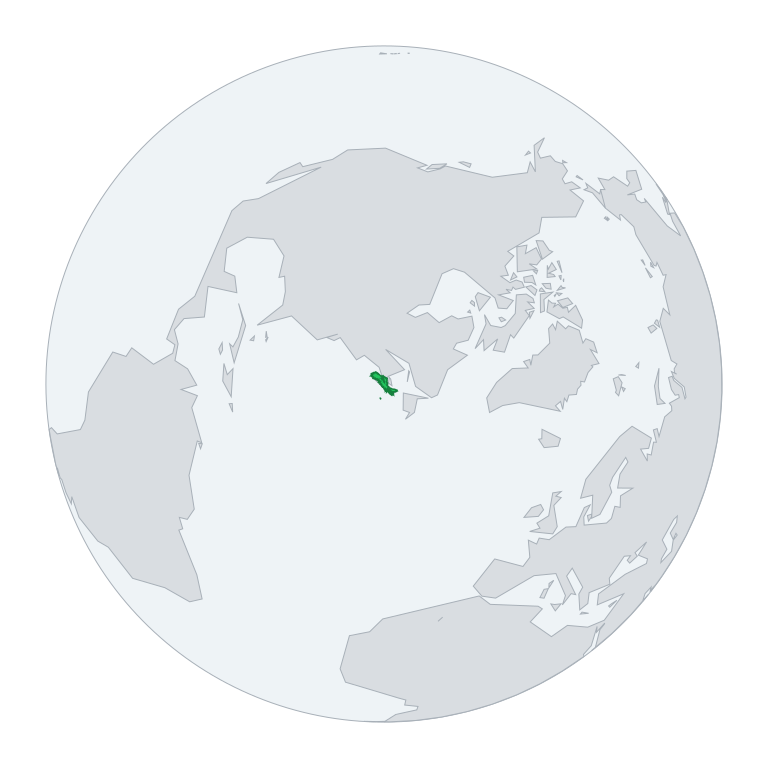 the Earth from above Nova Scotia, rotated 74°
{"feature_id": "CAN-685", "entity_name": "Nova Scotia", "entity_type": "Province", "adm_level": 1, "iso_a3": "CAN", "parent_name": "Canada", "parent_adm1": "", "projection": "orthographic", "projection_center": [-62.958, 45.228], "detail": "fine", "context": "on_globe", "style": "filled", "palette": "green", "viewbox_px": 768, "rotation_deg": 74, "n_neighbors": 0, "source": "natural_earth", "source_scale": "10m", "svg_char_len": 15332}
<svg xmlns="http://www.w3.org/2000/svg" viewBox="0 0 768 768"><g transform="rotate(74 384 384)"><circle cx="384" cy="384" r="338" fill="#eef3f6" stroke="#a8b0b8"/><path d="M337.9,718.8L341.7,719.1L335.4,718.4L334.3,715.7L341.9,711.9L344.1,688.4L336.3,681.5L310.2,670.3L278.5,635.9L286.4,624.4L279.7,616.5L301.5,600.1L296.2,578.6L288.6,574.2L280.8,580.5L255.5,560.9L247.5,541.7L175.4,482.4L169.3,469.0L171.2,453.5L158.2,384.6L158.8,442.2L151.6,426.7L148.0,403.7L152.7,402.2L153.9,371.5L149.0,354.4L157.7,317.5L185.6,282.4L185.5,292.2L192.2,283.4L192.7,270.8L191.4,264.8L215.1,222.9L220.4,188.0L210.8,182.3L221.8,180.0L195.9,173.9L191.5,161.9L203.4,172.4L210.0,171.4L210.5,161.2L217.3,158.0L221.5,151.5L229.7,148.9L236.0,156.1L241.4,154.8L241.4,147.8L249.6,141.3L248.8,151.7L263.0,141.7L276.2,153.7L267.3,186.4L281.5,193.3L290.6,228.5L296.7,223.9L304.0,235.3L313.7,234.5L312.6,242.0L321.3,235.0L320.5,228.3L324.0,223.2L329.6,222.4L329.3,231.5L326.4,233.3L329.2,235.6L326.6,240.6L331.1,237.6L329.9,249.3L339.4,236.7L345.5,245.2L342.5,253.3L331.9,253.6L298.7,275.8L292.3,285.4L294.0,297.8L320.1,318.1L317.7,328.7L322.3,342.3L328.6,335.5L327.3,322.6L340.2,314.1L337.1,300.1L341.9,294.9L343.0,280.8L354.5,282.0L365.1,291.0L364.8,303.0L369.4,307.7L379.3,295.9L387.8,318.9L409.3,335.6L410.3,342.1L395.0,354.3L371.0,354.3L351.2,372.9L375.9,360.3L377.8,378.0L383.1,381.0L389.9,380.1L393.8,373.4L396.9,379.7L373.7,393.8L370.5,388.2L377.9,383.6L366.6,384.1L351.0,395.0L353.2,403.8L327.3,413.3L328.5,420.0L323.5,426.2L323.3,414.7L323.2,436.0L293.1,454.1L292.5,489.7L280.2,459.6L268.1,453.4L253.0,449.8L252.6,455.6L233.3,444.8L214.4,450.3L205.2,475.0L210.1,497.7L231.7,506.6L239.2,497.7L255.7,500.3L241.7,526.3L270.1,538.2L266.0,558.2L274.0,570.5L288.7,570.9L303.9,578.5L315.3,568.6L333.5,564.3L333.3,580.6L343.8,566.6L353.7,575.3L390.2,575.4L387.3,579.2L418.0,596.6L452.0,600.9L459.9,610.4L455.8,617.5L467.7,617.4L467.9,621.5L515.8,616.5L540.5,618.1L539.8,630.8L519.4,650.8L501.5,679.2L464.9,694.0L456.1,702.4L428.3,713.9L406.2,715.2L413.0,717.6L401.1,719.6L386.9,720.1L384.9,721.2L374.4,721.1L381.8,721.7L370.5,721.7L337.9,718.8ZM64.7,296.0L67.4,290.2L65.6,297.2L64.7,296.0ZM69.2,284.4L68.2,286.8L69.0,284.3L69.2,284.4ZM69.9,281.1L69.4,283.5L69.6,281.3L69.9,281.1ZM70.5,277.4L70.3,279.2L70.2,279.2L70.5,277.4ZM289.7,500.9L322.3,522.2L302.8,521.3L306.7,519.0L298.7,511.1L283.3,502.0L266.5,501.6L289.7,500.9ZM72.4,270.1L73.1,268.1L73.1,269.2L72.4,270.1ZM306.5,484.9L300.7,482.6L306.5,483.4L306.5,484.9ZM189.7,262.8L192.0,271.0L189.1,283.9L186.3,277.3L189.7,262.8ZM196.4,239.6L199.4,242.0L191.6,250.6L192.3,246.5L196.4,239.6ZM202.3,179.5L202.9,184.9L200.0,180.9L202.3,179.5ZM220.6,151.1L218.3,150.7L221.5,147.6L220.6,151.1ZM336.6,281.2L339.7,281.1L337.9,283.8L336.6,281.2ZM334.1,275.5L329.7,278.8L327.9,276.5L330.6,274.6L334.1,275.5ZM236.8,140.9L242.7,136.4L237.8,142.2L236.8,140.9ZM339.9,272.1L325.2,272.2L322.1,268.4L329.9,257.8L339.9,272.1ZM246.8,134.6L260.7,124.2L256.7,122.2L276.0,122.7L257.7,130.9L252.4,138.2L251.6,134.1L246.8,134.6ZM317.7,226.7L318.9,233.7L312.7,228.8L317.7,226.7ZM312.9,224.9L288.8,218.5L289.9,208.3L297.7,212.2L294.9,200.2L307.3,198.2L311.6,204.4L308.5,211.3L315.6,205.4L312.9,224.9ZM284.4,125.0L288.7,123.9L285.4,126.5L284.4,125.0ZM324.9,220.9L319.9,220.3L320.5,211.2L330.6,210.8L327.2,213.8L324.9,220.9ZM288.1,198.2L290.3,191.8L301.0,188.3L303.3,185.4L307.7,197.3L288.1,198.2ZM329.9,215.5L335.7,211.0L340.5,214.5L329.8,220.9L329.9,215.5ZM316.4,209.2L317.2,205.0L320.1,207.1L316.4,209.2ZM361.1,225.6L355.1,224.5L354.9,219.7L361.1,225.6ZM337.5,209.1L335.8,207.9L335.0,206.0L339.7,203.9L337.5,209.1ZM314.9,194.3L318.9,194.4L313.6,189.2L321.4,186.8L322.9,195.3L325.5,190.7L327.9,189.9L326.5,197.8L314.9,194.3ZM342.2,196.3L346.9,207.0L358.0,209.6L358.5,213.9L340.5,208.9L342.2,196.3ZM333.1,196.4L338.9,197.2L336.6,201.9L331.2,204.2L333.1,196.4ZM326.1,182.2L313.8,183.7L313.9,181.8L326.1,182.2ZM345.9,196.0L344.7,193.5L347.0,195.7L345.9,196.0ZM332.7,185.3L328.3,186.0L328.5,183.8L332.7,185.3ZM346.0,188.1L347.4,191.4L343.9,193.0L346.0,188.1ZM340.3,186.1L341.6,183.0L341.7,191.6L338.3,186.7L340.3,186.1ZM333.6,183.2L332.3,182.1L335.4,183.2L333.6,183.2ZM358.7,180.5L359.7,191.0L351.8,194.3L351.9,183.6L358.7,180.5ZM646.3,171.0L645.8,170.5L651.9,178.2L655.9,184.9L652.8,183.2L657.4,190.8L664.3,195.4L659.2,188.0L673.8,210.3L686.6,233.7L697.5,258.0L695.6,253.5L679.6,244.1L675.7,238.5L675.3,238.2L674.6,237.7L681.2,248.1L675.8,246.0L692.7,256.9L698.9,266.8L701.0,266.9L709.0,291.6L715.2,316.9L719.4,342.5L721.6,368.4L721.8,394.4L720.0,420.4L716.2,446.1L710.4,471.4L702.7,496.3L705.5,488.0L708.5,476.0L704.9,463.7L706.3,442.3L703.3,440.2L698.3,452.6L693.8,450.1L690.0,456.4L660.0,503.2L645.7,504.7L616.4,486.6L618.2,466.1L609.5,450.0L614.0,350.9L625.1,342.6L640.1,297.1L643.8,293.8L653.0,309.0L673.0,292.7L666.6,274.2L673.9,255.2L671.8,237.4L651.7,211.4L655.1,239.9L644.9,235.6L633.4,204.6L628.9,181.2L624.7,178.9L618.6,186.7L608.2,175.1L615.3,189.2L619.3,188.0L623.9,197.2L620.5,198.8L617.0,194.4L615.8,200.5L632.8,221.0L638.7,222.1L641.1,244.3L651.2,248.6L655.1,258.1L639.6,254.6L634.1,249.0L612.9,253.8L619.0,261.4L639.3,257.8L637.1,261.9L645.5,273.4L637.4,267.9L613.6,271.0L609.6,292.6L620.6,335.7L614.9,348.4L602.9,353.9L582.7,325.8L597.7,300.7L590.8,291.6L573.9,288.3L579.9,281.4L574.9,277.3L579.2,268.1L571.7,248.5L574.0,238.9L558.0,225.5L557.0,219.1L566.8,228.6L574.8,230.5L579.0,208.4L575.9,202.4L565.2,195.8L567.7,191.0L556.7,187.5L552.7,173.5L548.4,188.1L535.7,182.0L526.2,171.0L521.2,171.9L536.7,190.0L543.6,195.0L550.8,194.9L568.9,212.4L570.3,221.4L548.4,214.0L548.0,226.5L531.2,216.2L499.5,171.9L493.0,157.2L509.7,141.9L518.8,147.4L517.3,155.3L530.7,152.1L523.8,150.3L525.9,146.7L514.2,140.9L515.1,138.2L502.4,137.7L502.2,133.7L510.3,134.1L492.9,123.2L489.0,114.7L484.6,113.7L481.1,115.0L478.5,103.9L475.4,103.7L475.0,107.2L468.6,109.2L456.2,108.7L456.0,104.9L460.4,104.5L469.4,98.5L481.2,98.8L479.9,97.3L469.6,96.2L458.6,103.4L451.2,104.3L455.2,100.0L453.2,101.6L449.4,100.9L445.5,96.9L440.6,101.4L399.8,101.6L388.2,94.7L396.3,90.2L367.5,88.9L356.6,82.7L356.4,85.7L342.4,88.1L345.6,90.0L344.4,91.7L310.0,100.7L301.7,100.5L286.5,109.3L286.4,111.0L291.6,111.5L276.0,122.7L256.7,122.2L258.0,118.1L245.1,121.3L250.0,111.9L248.1,106.2L261.0,95.3L258.3,92.3L253.5,94.0L246.3,91.9L248.1,83.0L267.8,82.6L269.3,98.0L270.5,90.6L276.5,90.3L280.8,86.7L281.2,82.1L277.3,82.7L310.1,68.2L323.4,58.0L307.2,61.7L298.7,62.0L299.7,57.4L315.4,53.1L339.7,49.0L364.2,46.7L388.8,46.1L413.4,47.4L437.8,50.4L462.0,55.2L485.7,61.8L508.9,70.0L531.4,79.9L553.2,91.5L574.0,104.6L593.9,119.2L612.6,135.1L630.1,152.5L646.3,171.0ZM657.1,185.0L647.9,173.0L648.6,173.8L657.1,185.0ZM624.3,391.9L627.0,397.5L624.3,391.9ZM632.0,167.1L624.1,153.7L613.9,149.1L610.0,143.8L608.0,144.5L613.2,148.9L606.2,149.9L597.8,140.9L591.7,138.4L594.1,142.9L610.6,159.5L620.8,157.6L628.4,165.4L632.0,167.1ZM391.4,575.2L395.7,578.2L389.9,578.5L391.4,575.2ZM299.6,528.2L306.8,529.8L310.3,533.1L304.8,533.1L299.6,528.2ZM360.9,535.3L369.3,537.2L360.3,538.3L360.9,535.3ZM327.6,524.9L354.1,534.4L336.7,538.2L320.1,532.2L331.8,532.1L327.6,524.9ZM302.1,495.3L306.5,497.4L304.9,500.6L302.1,495.3ZM310.7,485.6L308.9,485.6L307.0,482.4L310.7,485.6ZM379.2,377.1L381.1,376.2L387.8,376.8L384.3,379.6L379.2,377.1ZM419.7,362.6L423.8,373.1L418.4,367.3L414.4,372.8L398.0,367.9L409.9,345.2L407.4,356.1L419.7,362.6ZM379.4,356.1L388.4,361.1L378.1,356.6L379.4,356.1ZM543.0,266.6L548.9,265.3L553.8,272.1L550.8,286.2L543.6,276.3L543.0,266.6ZM556.1,262.0L535.2,251.8L536.2,243.3L539.2,249.7L542.0,245.0L547.5,254.2L568.9,256.8L574.6,263.1L565.9,284.6L565.6,273.8L559.9,275.4L556.1,262.0ZM480.1,247.4L471.1,244.6L485.0,229.4L491.8,233.8L489.3,247.6L479.7,250.6L480.1,247.4ZM356.5,254.1L352.1,255.3L352.2,252.6L356.0,249.4L356.5,254.1ZM358.3,225.5L375.6,246.6L371.5,248.8L386.6,259.4L381.6,269.7L372.0,262.3L379.5,278.6L368.8,276.1L375.1,286.7L354.3,269.3L345.0,268.3L357.2,265.3L362.0,255.8L361.3,251.4L352.4,238.4L334.8,232.2L336.8,222.4L342.8,217.2L347.4,217.1L344.7,223.3L352.7,218.8L352.2,227.9L358.3,225.5ZM412.7,170.5L407.7,176.1L423.6,171.7L423.3,179.5L425.1,178.5L429.2,184.7L437.3,190.7L435.6,194.2L439.5,195.0L442.3,199.4L447.1,201.9L445.6,209.3L451.4,213.1L447.4,214.5L457.7,219.2L449.4,219.1L452.2,225.2L458.8,222.1L439.2,259.1L437.4,275.9L440.5,290.4L425.7,289.1L413.5,275.3L404.5,256.5L408.3,241.0L400.9,243.6L400.6,237.1L406.5,237.7L397.2,233.0L398.5,228.0L390.4,213.4L376.1,210.5L372.8,205.4L379.1,204.1L371.4,200.1L381.0,194.2L378.9,190.6L386.2,181.5L399.5,181.5L396.1,177.5L401.5,170.9L412.7,170.5ZM361.2,178.1L377.2,175.5L384.8,178.7L368.9,193.3L369.5,197.4L359.6,207.5L348.7,202.8L352.5,200.3L353.7,196.8L356.7,199.6L355.2,194.7L360.5,191.2L360.8,186.6L365.9,186.9L361.2,178.1ZM641.4,284.2L643.0,280.8L644.1,274.4L649.3,281.9L641.4,284.2ZM625.5,286.7L626.0,282.5L634.0,289.2L632.3,293.0L625.5,286.7ZM619.5,274.9L625.4,281.7L621.2,280.3L619.5,274.9ZM566.5,224.7L566.3,220.3L568.9,221.2L572.2,225.2L566.5,224.7ZM460.0,161.7L455.9,163.8L454.1,162.4L442.2,162.2L441.5,156.8L448.4,154.8L460.0,161.7ZM656.1,219.7L660.8,228.5L659.3,229.3L658.0,226.1L656.1,219.7ZM657.9,256.5L660.8,250.5L659.3,258.6L657.9,256.5ZM457.2,155.8L452.4,156.3L455.0,153.4L457.2,155.8ZM440.4,153.0L442.4,149.3L440.0,156.2L440.4,153.0ZM444.6,115.3L462.0,121.0L474.0,122.7L480.1,119.2L479.0,127.0L460.4,124.5L444.6,115.3ZM405.4,103.4L400.1,107.3L397.4,104.6L398.2,103.4L405.4,103.4ZM405.8,106.4L408.7,113.2L402.5,114.7L401.4,109.0L405.8,106.4ZM433.7,133.1L438.9,135.0L436.6,137.2L433.7,133.1ZM285.3,60.8L284.3,61.8L269.6,66.5L266.6,67.4L273.3,64.7L280.7,62.3L282.7,61.6L285.3,60.8ZM279.7,63.6L286.7,61.5L299.8,62.9L298.9,64.5L281.2,64.9L287.0,63.1L286.3,62.3L279.7,63.6ZM287.6,122.0L288.6,123.7L285.2,123.4L287.6,122.0ZM346.5,92.7L344.3,95.0L340.4,94.2L346.5,92.7ZM336.0,101.1L342.0,100.3L335.8,102.6L336.0,101.1ZM355.3,98.6L344.4,100.7L354.7,96.5L355.3,98.6Z" fill="#d9dde1" stroke="#a8b0b8" stroke-width="1"/><path d="M379.1,379.6L379.7,379.4L380.1,379.5L380.5,380.1L380.9,380.2L380.7,380.3L381.0,380.3L381.1,380.5L381.1,380.2L381.8,380.1L382.1,380.3L381.8,380.3L382.1,380.5L381.7,380.6L382.9,380.6L382.3,380.8L382.6,381.1L383.1,380.8L383.0,381.0L383.6,380.9L383.3,380.6L384.7,380.8L385.2,380.8L384.8,380.9L385.3,381.1L384.8,381.4L384.7,381.6L384.9,381.4L384.9,381.7L385.0,381.5L385.2,381.3L385.4,381.3L386.0,381.4L385.9,381.7L386.0,381.7L386.5,381.4L386.1,381.5L386.2,381.3L386.8,381.2L388.3,380.1L388.3,380.4L388.5,381.2L389.2,381.6L389.4,381.5L389.5,381.7L389.8,381.3L390.0,381.2L390.4,381.6L390.7,382.0L391.1,382.3L391.1,382.6L390.1,383.1L392.1,383.3L392.3,383.6L392.0,383.5L391.6,384.0L391.5,383.9L391.6,383.7L391.4,383.7L391.4,384.1L391.2,383.8L390.7,384.0L390.5,384.3L389.8,384.4L389.3,384.3L389.2,384.3L389.5,384.6L389.3,384.6L389.5,384.8L389.2,384.7L389.0,384.8L388.7,384.7L388.8,384.8L388.6,384.8L388.7,385.0L388.4,385.1L388.2,385.2L388.0,385.3L388.0,385.1L387.8,385.3L388.0,385.4L387.0,385.6L386.9,385.8L386.6,385.8L386.6,386.0L386.4,385.9L386.1,386.3L386.0,385.9L385.9,386.1L385.7,386.1L385.6,386.3L385.8,386.5L385.5,386.3L385.3,386.6L384.6,386.6L384.6,386.8L384.5,387.0L384.1,386.9L383.9,387.1L383.8,386.7L383.6,386.7L383.8,387.1L383.6,387.3L383.6,387.0L383.4,386.9L383.3,386.6L383.2,387.2L383.2,386.9L382.9,387.2L382.8,386.9L382.8,387.0L382.6,387.5L382.2,387.4L382.1,387.2L381.9,387.3L382.1,387.5L381.1,387.0L381.5,387.5L381.6,388.2L381.5,388.4L381.4,388.5L381.3,388.4L381.2,388.6L380.8,388.5L380.6,388.3L380.5,388.5L380.4,388.3L380.5,388.1L380.1,388.3L379.9,388.2L380.0,387.7L379.9,387.6L380.1,387.1L379.4,387.5L379.4,387.8L379.6,388.2L379.4,388.1L379.3,388.4L379.1,388.3L379.1,388.0L378.9,387.8L378.7,387.8L378.7,388.0L378.3,387.9L378.4,388.2L378.2,388.4L378.4,388.4L378.1,388.5L378.5,388.7L378.5,388.8L378.3,388.9L378.7,389.0L378.1,389.0L378.5,389.2L378.4,389.4L378.6,389.4L378.5,389.6L378.3,389.6L378.2,389.4L377.8,389.2L378.1,389.4L378.1,389.6L377.8,389.8L377.5,390.4L377.0,390.2L377.0,390.3L377.3,390.5L377.1,390.8L376.5,390.8L376.7,391.0L376.8,391.2L376.0,391.6L376.2,391.9L376.0,392.2L375.7,391.8L375.8,392.3L375.7,392.3L375.5,391.9L375.6,392.3L375.4,392.6L375.1,392.1L375.2,392.8L374.9,392.6L374.7,393.0L374.7,392.6L374.5,392.8L374.3,392.3L374.2,392.4L374.3,392.8L374.2,393.0L373.9,392.9L373.9,392.5L373.7,392.6L373.9,393.0L373.8,393.4L373.8,393.8L373.7,393.6L373.3,393.4L373.6,394.0L373.4,393.7L373.2,393.9L373.2,394.2L372.9,393.6L372.4,394.0L372.2,393.9L372.1,393.5L372.0,392.9L371.8,393.1L371.9,393.4L371.8,393.2L371.6,392.2L371.6,392.4L371.3,392.0L371.2,392.3L371.1,391.9L371.0,392.1L371.2,392.6L370.9,392.8L370.9,392.5L370.7,392.3L370.5,392.5L370.5,392.1L370.6,391.9L370.4,392.0L370.3,391.8L370.5,390.9L370.3,390.5L370.2,390.5L370.3,390.0L370.6,389.6L370.8,388.8L371.9,387.6L371.5,387.6L370.4,388.7L370.4,388.4L371.2,387.6L372.1,386.9L372.3,387.4L372.5,387.4L373.2,386.7L373.7,386.5L372.3,387.1L372.4,386.8L376.1,384.4L378.0,383.7L377.6,383.3L378.3,383.5L378.2,384.3L378.1,384.7L378.4,384.4L378.7,384.7L379.0,385.0L379.0,385.4L379.2,385.0L378.8,384.4L379.2,384.0L380.4,383.7L380.5,383.5L380.8,383.6L380.9,383.4L381.7,383.4L381.9,383.6L382.0,383.3L382.3,383.2L381.4,383.0L380.4,383.0L380.1,383.2L379.9,383.0L379.3,382.9L378.4,382.9L378.4,383.0L378.1,383.1L377.3,382.8L376.9,383.0L376.8,383.3L376.5,383.5L376.5,383.3L376.3,383.2L375.8,383.3L376.0,382.7L376.4,382.5L376.2,382.4L377.0,382.0L377.0,381.8L377.8,381.3L377.9,381.1L377.9,380.9L378.2,380.6L378.5,380.4L378.5,380.6L378.4,380.7L378.3,380.9L378.6,380.8L378.5,380.7L378.7,380.1L379.1,379.6ZM395.8,380.5L395.4,380.6L395.2,381.0L394.6,381.4L394.2,381.4L393.4,381.8L393.2,381.9L393.1,381.7L392.7,381.7L392.6,381.4L392.5,381.6L392.0,381.6L391.4,382.0L391.4,381.9L391.2,381.7L390.9,382.0L390.7,381.9L390.2,381.3L390.0,380.4L390.0,380.1L389.8,379.3L390.1,379.0L390.1,378.5L390.8,377.9L391.6,376.6L391.8,376.0L391.7,375.8L391.8,375.7L391.8,375.9L392.3,374.8L393.1,374.0L393.3,373.4L393.5,373.2L393.9,373.4L394.3,373.2L394.3,373.4L393.9,374.0L394.1,374.0L394.6,374.1L394.6,375.2L394.4,375.3L394.5,375.4L394.4,375.5L394.6,375.7L394.3,376.2L394.1,376.8L393.6,378.1L394.1,377.4L394.3,377.3L394.3,377.6L393.5,378.6L392.8,379.0L392.5,379.0L392.6,378.9L392.1,379.5L391.5,379.7L391.5,379.8L392.0,379.7L392.5,379.1L393.1,379.0L392.8,379.7L392.5,379.9L391.7,380.0L391.9,380.0L391.6,380.2L392.1,380.0L392.4,380.2L392.2,380.2L392.3,380.4L392.0,380.4L391.6,380.7L391.5,380.9L391.6,381.0L392.4,380.8L392.9,381.0L392.7,381.4L393.0,381.1L393.1,380.7L394.5,379.3L393.3,380.0L392.9,379.7L394.1,378.7L394.5,378.1L394.8,378.0L394.9,377.9L394.4,378.0L393.6,378.9L393.4,378.9L394.1,377.9L394.6,377.4L394.9,377.3L395.2,377.8L394.9,378.3L395.1,378.2L395.2,378.4L395.3,378.0L395.5,377.8L395.9,377.9L395.7,378.0L396.3,378.1L396.3,378.3L396.8,378.2L396.6,378.4L396.6,378.7L396.9,378.6L396.3,379.1L396.8,379.2L396.9,379.6L396.3,379.8L396.2,380.0L395.6,380.0L395.8,380.3L395.8,380.5ZM392.0,381.8L392.6,381.9L392.3,382.1L392.3,382.3L392.1,382.5L392.1,382.3L391.8,382.3L391.6,382.0L392.0,381.8ZM397.4,391.2L397.8,390.9L397.4,391.3L397.0,391.5L396.5,391.5L396.0,391.3L396.6,391.4L397.4,391.2ZM372.7,394.1L372.9,393.9L372.6,394.5L372.5,394.2L372.7,394.1ZM370.0,389.0L370.3,388.7L369.8,389.4L370.0,389.0ZM397.3,379.2L397.2,379.2L397.4,379.0L397.3,379.2ZM385.5,380.6L385.9,380.5L385.7,380.6L385.5,380.6Z" fill="#22c55e" stroke="#15803d" stroke-width="1.5"/></g></svg>